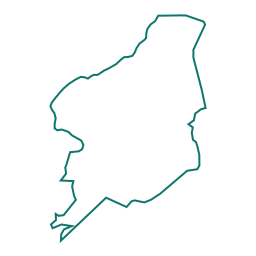 outline of Morrinhos do Sul, Rio Grande do Sul, Brazil
{"feature_id": "56859067B77647106940694", "entity_name": "Morrinhos do Sul", "entity_type": "district", "adm_level": 2, "iso_a3": "BRA", "parent_name": "Brazil", "parent_adm1": "Rio Grande do Sul", "projection": "natural_earth1", "projection_center": [-49.972, -29.343], "detail": "fine", "context": "isolated", "style": "outline", "palette": "teal", "viewbox_px": 256, "rotation_deg": 0, "n_neighbors": 0, "source": "geoboundaries", "source_scale": "gbopen_adm2", "svg_char_len": 1183}
<svg xmlns="http://www.w3.org/2000/svg" viewBox="0 0 256 256"><path d="M201.7,89.6L193.4,57.6L193.4,49.8L205.1,24.6L203.6,21.6L186.0,15.5L180.6,15.4L158.2,15.7L155.1,21.2L150.6,24.4L147.5,28.7L146.3,33.3L146.1,38.0L143.9,40.4L139.8,43.3L136.5,48.1L134.9,52.2L132.4,55.8L128.0,57.0L124.1,57.2L121.1,59.5L116.3,64.0L109.4,68.0L103.9,70.7L97.6,74.9L93.7,74.9L90.9,76.3L87.9,78.6L84.8,77.3L80.7,76.9L75.8,79.4L69.5,83.4L63.7,88.3L59.4,93.1L55.5,97.8L51.8,102.6L50.4,106.3L52.1,110.0L54.4,113.2L55.7,118.2L54.6,124.0L54.7,128.4L57.3,130.3L61.4,129.5L64.6,130.5L68.4,131.9L72.2,135.5L81.3,140.6L83.4,144.9L82.2,149.1L78.9,151.3L70.1,152.2L66.6,164.1L65.3,167.6L66.1,173.6L60.8,180.5L73.4,181.1L72.1,186.4L74.1,196.0L75.9,199.8L63.6,215.2L58.6,215.8L55.7,214.0L56.0,220.0L51.0,224.5L52.6,228.2L61.4,224.5L71.8,226.1L64.0,229.4L61.3,234.0L60.9,240.6L63.8,237.9L106.1,197.7L126.5,207.0L131.7,201.2L134.7,200.4L144.4,202.4L150.9,199.8L160.2,193.7L165.5,189.2L187.1,170.8L197.3,169.2L199.4,165.5L199.3,154.7L197.5,146.9L196.0,142.1L193.0,139.8L191.8,132.9L192.8,127.4L188.5,124.2L193.9,120.3L195.2,113.6L201.2,109.1L205.6,108.0L201.7,89.6Z" fill="none" stroke="#0f766e" stroke-width="2"/></svg>